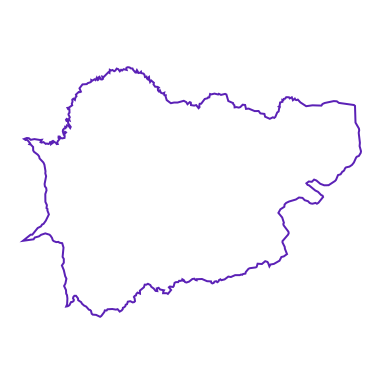 the district of Alcinópolis, Mato Grosso do Sul, Brazil
{"feature_id": "56859067B51607126831923", "entity_name": "Alcinópolis", "entity_type": "district", "adm_level": 2, "iso_a3": "BRA", "parent_name": "Brazil", "parent_adm1": "Mato Grosso do Sul", "projection": "robinson", "projection_center": [-53.767, -18.226], "detail": "fine", "context": "isolated", "style": "outline", "palette": "violet", "viewbox_px": 384, "rotation_deg": 0, "n_neighbors": 0, "source": "geoboundaries", "source_scale": "gbopen_adm2", "svg_char_len": 5837}
<svg xmlns="http://www.w3.org/2000/svg" viewBox="0 0 384 384"><path d="M297.8,99.6L296.6,100.1L295.5,99.8L294.8,98.6L292.9,100.2L291.8,97.3L289.7,98.4L289.0,97.3L287.7,97.2L286.2,97.2L285.2,98.6L283.8,98.9L283.4,100.1L282.3,99.8L282.4,101.8L280.1,102.5L279.6,105.9L278.8,106.6L279.8,107.1L279.1,108.5L278.6,111.5L277.2,112.5L275.3,117.0L274.2,117.9L272.9,117.3L269.8,118.8L265.1,116.7L264.4,113.9L260.4,113.4L258.6,111.0L254.7,111.1L248.7,108.6L246.0,108.9L245.1,105.0L242.7,104.7L240.3,107.1L238.8,107.6L236.5,107.1L234.6,107.4L234.4,105.3L233.4,104.3L233.1,103.1L228.3,101.0L226.4,94.5L225.1,93.9L221.0,94.9L218.8,93.8L218.1,94.5L214.5,93.6L211.3,94.4L210.1,94.0L209.3,97.3L208.2,97.3L207.6,98.2L204.7,99.0L201.2,103.7L199.7,103.8L199.3,105.3L199.5,107.2L198.6,108.2L196.2,105.1L194.2,105.6L191.0,105.1L190.8,102.6L189.8,102.1L187.5,104.2L186.2,102.1L183.8,100.8L177.7,102.5L174.2,102.5L170.9,103.2L169.9,102.5L166.7,100.1L165.6,96.5L165.8,95.3L164.4,95.2L164.0,93.9L164.2,92.8L162.7,93.5L160.9,92.7L159.9,90.4L159.0,91.5L158.0,90.4L157.8,88.7L158.8,87.6L157.6,86.9L155.1,86.7L153.5,84.4L153.9,82.8L151.2,80.5L150.1,82.0L149.2,79.1L149.0,77.0L148.0,77.8L147.7,79.2L146.9,78.5L146.4,76.6L145.0,77.0L144.4,74.7L143.5,73.6L141.3,73.1L141.0,71.8L140.1,72.7L138.6,73.0L136.9,70.1L136.4,71.1L136.7,72.5L135.4,72.5L133.1,69.8L132.5,68.5L130.8,68.4L129.7,67.5L127.9,67.2L126.5,67.7L126.2,68.8L126.6,69.9L123.6,69.2L122.1,70.5L121.1,69.8L119.8,71.3L118.3,69.2L116.7,68.6L115.3,70.6L114.2,71.2L112.4,70.0L111.1,70.5L109.8,69.8L109.5,72.9L108.4,72.2L103.7,77.0L102.3,76.6L103.0,78.8L102.0,79.5L101.0,79.4L99.4,76.8L98.5,77.5L98.6,79.4L97.8,80.1L96.9,79.2L96.6,78.0L95.5,80.1L94.5,79.3L92.4,80.6L91.3,80.0L91.3,81.5L90.5,82.2L87.6,83.2L86.8,84.1L82.5,84.4L79.5,88.3L80.9,91.7L79.8,92.2L78.7,92.0L75.9,94.6L76.5,96.3L75.4,97.5L74.9,99.9L73.4,98.7L72.3,99.6L72.5,101.8L71.8,103.7L72.2,105.3L68.7,107.7L67.5,107.9L68.2,109.2L69.4,109.3L69.5,112.7L68.7,113.5L68.5,114.7L69.8,117.2L69.0,118.8L69.5,120.3L66.7,118.9L66.0,119.8L66.6,121.0L68.1,121.4L68.1,123.2L70.7,126.9L70.2,128.0L68.4,125.6L66.9,125.3L66.4,127.1L65.2,126.8L65.3,128.3L64.0,128.6L63.0,129.9L62.8,131.4L63.3,133.2L64.5,132.8L65.0,131.8L66.0,132.4L63.9,134.9L64.7,135.9L64.5,137.9L62.1,138.4L60.8,137.9L59.6,136.5L58.6,136.5L58.5,137.9L59.6,139.0L57.7,141.3L57.2,142.8L57.7,144.0L56.7,144.1L56.1,143.1L53.0,140.9L52.1,141.4L52.9,142.8L51.1,144.1L51.2,142.1L50.1,142.1L49.3,143.6L48.3,144.0L46.9,143.5L45.8,143.9L43.5,142.1L41.4,142.6L40.5,142.1L41.8,139.8L40.1,140.0L34.4,139.1L30.7,139.8L28.8,138.2L26.8,138.0L24.1,139.0L25.6,140.0L26.7,139.8L27.8,140.5L30.1,143.3L29.4,144.2L30.7,144.5L33.1,147.0L33.2,150.5L34.0,151.8L37.8,154.7L39.1,156.4L39.6,158.5L43.4,162.5L44.4,164.7L45.5,171.3L45.3,173.3L46.1,176.2L44.6,184.0L44.9,186.3L46.2,188.1L46.5,190.4L45.3,194.1L45.4,201.9L46.9,205.1L46.5,208.1L47.5,209.0L47.4,210.5L48.9,214.4L45.8,220.7L43.5,223.9L42.1,224.5L40.9,226.4L37.7,228.0L32.3,234.7L30.6,234.7L23.0,240.8L33.6,239.3L34.8,237.5L38.9,236.4L41.1,234.8L45.3,233.4L49.5,234.7L50.6,235.8L52.0,237.9L52.8,240.3L53.7,241.1L56.2,242.1L58.5,241.9L59.4,242.7L62.2,243.2L63.5,247.6L62.6,256.9L63.8,258.9L63.8,260.9L63.8,262.7L61.9,265.5L63.8,270.1L65.2,276.2L66.4,278.7L65.4,283.5L64.1,286.0L66.0,290.1L66.2,293.7L67.0,295.1L67.4,298.5L67.1,304.3L66.2,306.5L67.8,306.2L69.4,305.2L71.0,302.1L72.4,301.9L73.5,301.1L73.9,299.9L73.0,298.3L73.4,296.9L74.4,295.8L76.0,295.8L78.0,298.4L78.2,300.2L81.2,302.2L81.9,303.6L84.1,305.6L86.2,306.6L88.9,309.7L90.1,310.0L91.0,310.9L91.7,313.7L92.7,314.6L96.1,314.9L100.1,316.8L101.3,316.0L104.3,312.0L104.8,310.4L106.6,310.5L107.5,309.3L112.3,309.0L115.9,309.6L117.6,309.2L119.7,311.6L121.6,310.5L122.7,309.2L122.9,307.8L124.3,307.2L125.3,306.2L125.7,304.7L127.0,304.2L127.8,301.7L130.3,301.2L132.7,302.4L134.1,302.1L135.0,301.2L134.6,298.3L133.9,297.0L134.7,295.9L136.0,295.4L136.3,294.0L137.5,292.6L140.0,293.6L139.9,290.6L143.9,287.3L144.7,284.7L146.3,284.7L147.9,283.8L150.3,285.0L151.3,286.8L153.7,288.5L155.6,290.9L157.3,291.1L156.8,288.4L158.6,287.8L160.1,289.5L164.0,290.3L163.3,291.5L163.1,293.2L166.8,293.2L167.9,293.9L171.1,290.0L168.9,287.3L169.9,286.5L173.0,287.0L173.7,286.2L174.6,282.8L176.0,282.1L178.2,282.1L179.1,280.8L180.8,280.9L181.7,280.2L182.7,280.6L182.6,279.4L183.7,280.0L185.1,282.1L186.5,282.5L189.1,281.6L192.4,279.0L194.4,278.7L195.5,280.0L196.7,280.3L196.8,279.2L202.0,279.0L207.1,281.2L211.0,281.4L211.3,282.7L212.3,283.4L213.6,283.0L214.5,281.6L216.2,281.2L217.3,282.2L218.4,281.5L219.1,280.0L220.4,279.3L221.3,280.2L224.6,279.4L228.3,276.6L230.9,277.0L235.2,275.1L239.9,275.1L241.1,274.5L242.2,274.8L243.1,274.0L245.4,273.6L245.8,272.0L248.5,268.8L249.8,268.2L255.8,267.4L256.7,266.8L257.6,263.7L261.9,264.0L265.2,261.2L267.4,261.9L268.1,262.9L269.4,266.4L270.5,264.5L273.9,263.9L279.5,260.7L281.4,257.0L283.8,256.4L287.0,254.1L284.9,248.7L284.7,246.9L282.5,242.5L282.5,241.1L288.1,234.6L288.7,233.1L288.4,231.7L283.7,225.4L283.3,224.0L283.9,222.8L282.2,217.5L278.4,212.9L280.4,209.3L284.3,206.8L284.6,204.5L286.2,202.9L289.1,201.5L295.9,199.5L299.0,197.5L302.5,197.9L304.7,200.2L308.0,201.2L309.6,202.9L311.0,203.5L312.6,203.7L315.5,202.9L316.9,203.7L318.4,202.8L323.1,197.0L322.6,195.7L321.1,195.0L318.0,191.8L315.3,190.5L309.1,185.4L307.6,184.9L306.4,183.3L308.8,181.5L311.8,181.8L314.1,179.6L316.4,180.5L320.3,183.8L324.2,185.3L328.6,185.2L335.0,181.0L336.0,179.9L338.0,175.1L340.6,174.3L342.4,171.6L343.4,171.2L344.3,170.1L345.0,168.4L346.0,167.4L349.5,166.6L352.0,164.9L353.9,162.5L356.0,157.8L356.7,156.8L358.9,155.9L360.7,152.9L361.0,151.2L359.6,146.1L359.9,142.8L358.7,132.8L359.2,130.2L358.9,128.5L355.5,122.6L355.0,105.9L353.9,105.0L338.9,102.9L336.8,101.3L333.7,101.1L324.7,103.0L322.5,104.0L321.4,105.6L312.5,105.3L306.2,106.2L300.4,102.4L297.8,99.6Z" fill="none" stroke="#5b21b6" stroke-width="2"/></svg>